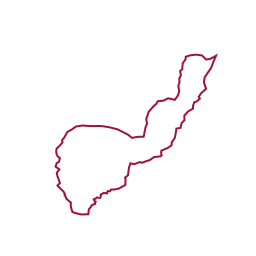 Dymes, Limassol, Cyprus (Natural Earth projection), rotated 110°
{"feature_id": "46923920B11933965070287", "entity_name": "Dymes", "entity_type": "district", "adm_level": 2, "iso_a3": "CYP", "parent_name": "Cyprus", "parent_adm1": "Limassol", "projection": "natural_earth1", "projection_center": [32.967, 34.924], "detail": "fine", "context": "isolated", "style": "outline", "palette": "rose", "viewbox_px": 256, "rotation_deg": 110, "n_neighbors": 0, "source": "geoboundaries", "source_scale": "gbopen_adm2", "svg_char_len": 1779}
<svg xmlns="http://www.w3.org/2000/svg" viewBox="0 0 256 256"><g transform="rotate(110 128 128)"><path d="M41.3,98.1L43.6,97.4L48.6,98.7L51.9,97.8L54.3,97.1L56.7,98.5L60.4,96.3L64.1,96.8L67.1,95.3L71.4,95.1L73.5,93.8L75.7,92.5L80.2,92.2L85.5,93.6L86.4,100.5L90.2,104.1L92.7,109.2L95.6,109.6L98.7,111.4L105.8,114.1L113.4,113.9L117.4,111.6L121.2,111.8L130.8,110.3L132.9,115.7L135.9,120.9L134.2,125.9L132.8,137.5L133.8,146.5L134.8,151.5L135.7,155.0L139.2,164.3L141.2,171.6L144.4,177.4L148.4,180.1L152.6,183.7L158.6,184.6L162.2,185.8L163.9,184.6L167.6,186.0L171.8,188.0L173.8,187.7L174.3,187.6L177.0,186.2L178.8,184.2L179.5,181.8L183.3,181.3L185.3,182.9L189.1,182.9L190.3,178.4L194.5,179.6L197.3,177.9L200.0,175.6L203.0,173.1L206.2,174.6L208.1,170.7L209.4,167.7L210.7,165.5L212.9,164.5L212.6,164.1L215.4,161.9L216.7,158.8L217.6,156.2L221.0,155.1L225.8,151.7L226.0,148.9L225.7,146.1L225.1,141.9L222.6,135.8L217.8,137.0L215.2,136.0L212.9,135.6L210.4,132.9L209.7,133.5L209.1,133.5L208.3,133.2L208.0,134.5L206.7,135.8L205.5,134.3L204.1,133.7L203.2,130.3L201.8,130.1L199.7,130.9L198.6,129.6L197.2,128.7L197.0,127.1L196.5,125.2L194.3,125.6L193.5,123.1L192.9,123.1L191.8,123.1L190.5,119.9L188.0,115.8L182.3,111.0L179.0,112.2L177.4,112.5L175.6,113.8L172.4,111.8L167.9,112.9L164.9,113.5L160.4,113.7L159.8,109.8L156.0,105.3L155.9,103.0L153.5,100.2L150.5,96.4L146.4,93.6L143.6,87.9L142.0,87.0L140.2,88.4L137.9,88.9L132.9,83.6L129.4,81.2L126.3,82.0L121.8,80.7L118.6,81.0L114.3,81.8L112.0,82.4L109.9,78.7L104.9,79.3L101.4,77.6L97.1,79.3L91.9,77.2L87.5,73.5L85.2,74.5L81.0,74.5L79.6,72.5L75.8,70.5L74.5,72.2L70.1,71.1L64.5,68.0L59.2,72.3L54.0,73.3L43.0,70.4L36.9,70.4L30.0,70.0L35.1,74.5L36.9,78.1L34.5,83.3L35.8,89.2L38.7,94.8L41.3,98.1Z" fill="none" stroke="#9f1239" stroke-width="2"/></g></svg>